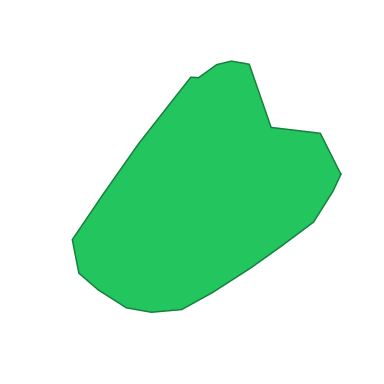 an SVG outline of Blackburn with Darwen, rotated 236°
{"feature_id": "GBR-2122", "entity_name": "Blackburn with Darwen", "entity_type": "Unitary Authority", "adm_level": 1, "iso_a3": "GBR", "parent_name": "United Kingdom", "parent_adm1": "", "projection": "albers", "projection_center": [-2.45, 53.698], "detail": "fine", "context": "isolated", "style": "filled", "palette": "green", "viewbox_px": 384, "rotation_deg": 236, "n_neighbors": 0, "source": "natural_earth", "source_scale": "10m", "svg_char_len": 449}
<svg xmlns="http://www.w3.org/2000/svg" viewBox="0 0 384 384"><g transform="rotate(236 192 192)"><path d="M187.9,52.8L219.4,66.1L240.1,117.7L261.8,174.4L281.7,236.0L287.8,255.2L283.1,261.4L283.8,283.7L278.5,297.8L265.9,310.9L201.3,293.7L168.9,331.2L123.8,325.4L123.6,325.7L113.8,309.3L99.1,276.0L97.1,234.3L96.2,197.7L97.2,152.7L100.3,117.7L115.0,91.1L132.7,72.8L163.3,59.5L187.9,52.8Z" fill="#22c55e" stroke="#15803d" stroke-width="1.5"/></g></svg>